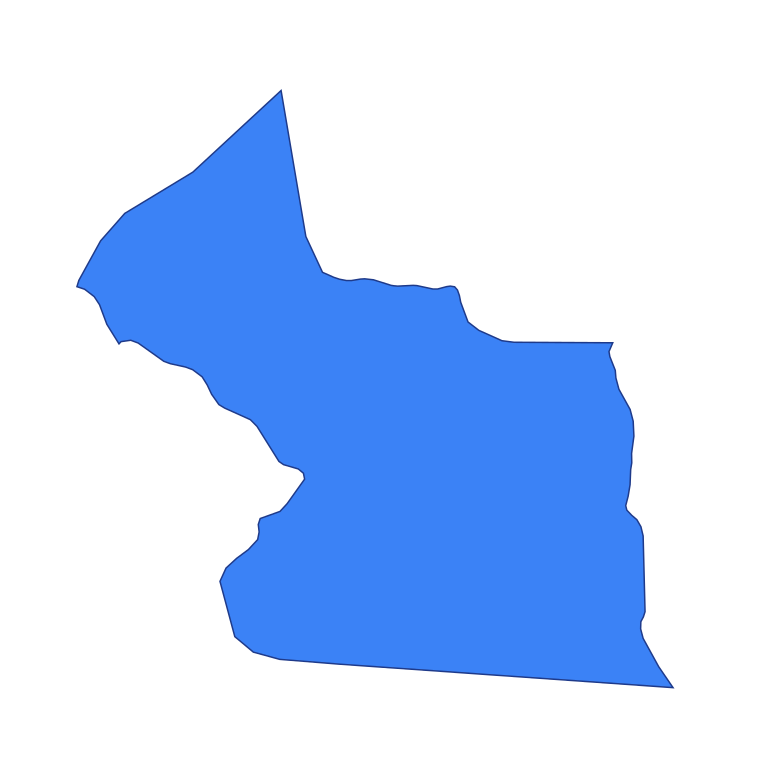 outline of Orange Walk, rotated 275°
{"feature_id": "BLZ-1326", "entity_name": "Orange Walk", "entity_type": "District", "adm_level": 1, "iso_a3": "BLZ", "parent_name": "Belize", "parent_adm1": "", "projection": "albers", "projection_center": [-88.77, 17.784], "detail": "fine", "context": "isolated", "style": "filled", "palette": "blue", "viewbox_px": 768, "rotation_deg": 275, "n_neighbors": 0, "source": "natural_earth", "source_scale": "10m", "svg_char_len": 1365}
<svg xmlns="http://www.w3.org/2000/svg" viewBox="0 0 768 768"><g transform="rotate(275 384 384)"><path d="M106.7,698.4L103.5,510.1L101.0,363.3L100.6,304.1L105.5,277.2L110.4,270.2L119.3,257.4L173.1,237.8L186.9,242.7L197.5,252.4L207.2,263.3L218.0,271.7L225.7,272.5L233.1,271.0L239.2,272.4L248.0,291.5L256.3,297.9L282.3,313.2L288.1,311.5L291.9,306.0L294.9,291.0L297.7,286.1L330.7,261.2L336.8,254.0L346.1,227.4L349.1,221.3L358.7,213.2L367.6,208.0L375.3,202.2L381.6,192.1L383.6,184.8L385.6,169.4L387.4,162.7L403.4,135.5L405.5,127.9L403.3,118.4L400.9,116.5L419.3,102.7L438.2,93.7L445.8,87.7L452.3,77.5L454.2,69.6L460.7,71.0L501.9,89.2L531.4,110.9L578.4,175.1L667.4,255.9L524.1,293.3L489.9,313.0L485.9,324.7L484.5,330.6L483.8,337.5L484.2,342.4L486.5,351.5L487.1,355.6L486.9,364.4L482.9,382.4L482.7,385.4L482.7,389.2L484.8,404.4L484.9,408.2L482.9,424.4L483.3,429.1L486.5,438.0L487.3,441.5L487.0,445.9L484.0,449.0L478.7,451.4L472.1,453.3L453.1,462.3L445.7,473.8L437.4,497.7L436.9,509.9L445.0,608.3L435.9,605.3L431.0,606.6L417.8,613.2L410.2,614.5L399.2,618.5L380.1,631.4L368.6,635.5L353.8,637.5L336.4,636.7L327.0,637.7L320.3,637.2L305.1,637.9L293.5,637.0L283.9,635.4L279.5,636.9L274.8,642.2L270.9,647.7L264.2,652.4L255.2,655.4L179.9,663.9L174.6,662.7L169.6,660.6L162.4,661.0L153.2,664.3L126.3,682.3L106.7,698.4Z" fill="#3b82f6" stroke="#1e3a8a" stroke-width="1.5"/></g></svg>